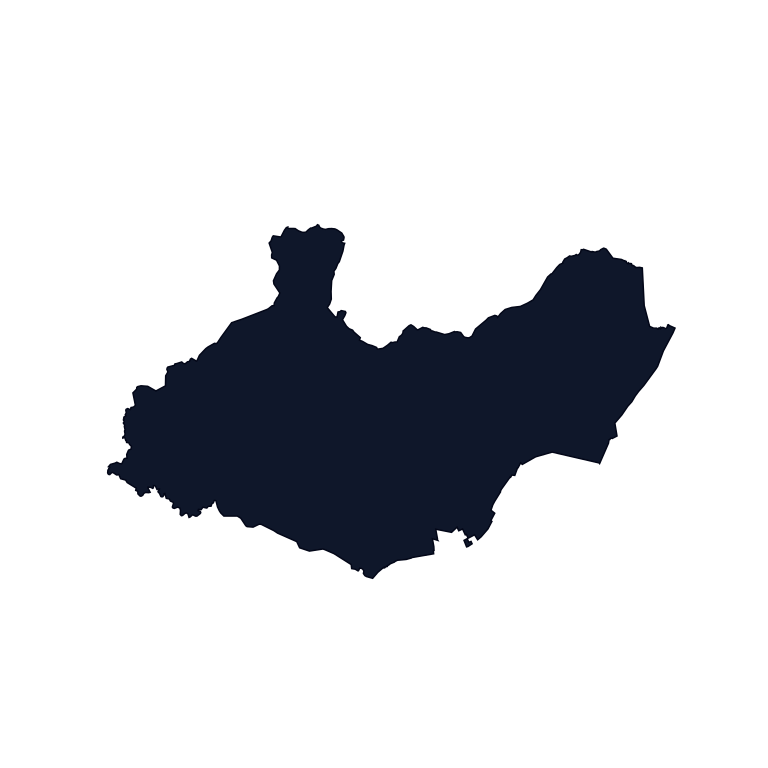 Kalkūnes pag., Daugavpils, Latvia, rotated 66°
{"feature_id": "27541924B79116977656137", "entity_name": "Kalkūnes pag.", "entity_type": "district", "adm_level": 2, "iso_a3": "LVA", "parent_name": "Latvia", "parent_adm1": "Daugavpils", "projection": "orthographic", "projection_center": [26.423, 55.84], "detail": "fine", "context": "isolated", "style": "filled", "palette": "ink", "viewbox_px": 768, "rotation_deg": 66, "n_neighbors": 0, "source": "geoboundaries", "source_scale": "gbopen_adm2", "svg_char_len": 6167}
<svg xmlns="http://www.w3.org/2000/svg" viewBox="0 0 768 768"><g transform="rotate(66 384 384)"><path d="M559.3,407.7L556.2,406.7L556.4,406.0L552.8,404.6L545.0,402.7L548.8,398.4L547.5,398.5L547.1,398.1L537.7,395.8L547.0,382.6L544.5,375.5L548.5,375.4L548.4,371.2L554.9,371.1L554.9,369.9L559.1,369.9L558.6,362.6L564.4,361.8L563.1,357.4L558.7,348.0L553.4,341.3L552.3,341.9L551.9,341.5L547.1,335.4L542.8,337.6L538.6,333.7L536.2,330.6L530.0,321.5L529.6,321.7L527.8,319.4L520.3,306.6L520.7,306.3L519.2,304.2L520.7,301.7L515.0,296.2L515.1,295.7L511.6,291.2L513.7,290.4L512.2,275.1L514.6,258.1L543.6,219.6L544.4,219.4L529.4,203.0L526.4,201.1L526.6,200.3L525.9,199.3L525.8,198.6L526.6,197.7L526.3,192.3L513.6,189.0L509.0,179.3L503.5,170.4L501.0,164.8L497.1,159.3L494.4,154.5L491.0,147.2L480.7,129.2L479.1,126.8L467.4,115.3L454.9,99.3L451.3,95.4L446.4,99.8L445.6,99.9L445.5,100.8L446.3,101.0L446.5,101.8L447.4,102.2L447.9,103.5L447.9,104.4L446.3,105.5L445.6,106.6L445.7,107.1L444.8,108.0L446.0,108.4L446.2,109.1L444.6,109.7L444.7,110.5L445.3,111.0L445.1,111.8L443.9,112.1L442.6,115.0L439.4,117.9L418.2,114.4L383.0,100.8L381.4,103.0L380.2,106.3L379.6,106.5L379.7,107.0L377.7,107.6L376.9,109.0L376.6,108.6L375.9,109.3L374.7,109.0L373.5,111.0L373.6,111.5L372.7,111.5L373.0,112.5L371.3,113.2L370.6,112.8L370.0,113.6L369.3,113.8L369.3,114.3L366.8,116.4L362.2,123.7L351.2,126.1L349.6,127.6L349.2,128.2L349.4,131.4L350.1,133.0L349.4,136.2L349.6,137.2L347.6,140.0L348.0,140.5L342.1,146.9L342.1,148.0L341.5,149.2L343.5,150.7L344.7,152.5L345.1,153.9L345.0,154.9L343.9,155.7L344.2,157.3L343.5,161.0L342.5,162.4L343.1,165.2L343.3,168.1L345.5,171.2L346.3,171.3L346.3,174.9L347.9,178.8L351.6,185.7L351.4,186.7L352.8,191.0L361.5,202.8L364.8,209.1L367.8,213.6L368.5,220.1L368.6,227.9L366.0,236.2L365.2,243.0L367.1,248.9L369.4,253.1L367.8,253.2L366.4,254.8L366.0,261.7L367.2,264.7L371.0,278.0L376.0,284.1L376.4,286.9L376.1,288.4L374.3,291.0L373.2,291.9L368.1,293.0L366.1,295.8L364.9,298.9L364.7,298.8L364.5,304.2L363.5,308.5L357.7,315.2L357.2,316.3L355.2,318.2L354.8,319.3L353.1,319.4L349.9,322.6L349.0,324.5L348.0,325.5L348.3,330.6L348.0,331.6L343.5,333.5L340.9,335.3L340.9,337.3L343.4,345.1L344.4,345.4L346.1,347.3L346.9,349.5L346.9,350.6L351.0,355.0L350.1,356.9L349.7,359.3L348.7,360.6L350.0,365.0L351.0,370.4L349.5,375.9L347.6,375.9L344.1,379.2L341.2,382.8L336.2,386.4L334.0,388.6L332.0,386.8L324.4,390.3L322.0,390.8L319.3,393.4L316.0,394.8L308.4,395.8L305.6,392.0L303.4,389.8L302.0,389.8L299.5,393.3L300.0,394.5L299.5,396.7L303.6,399.6L302.9,401.4L291.4,404.7L290.9,404.4L288.8,401.1L285.0,397.6L277.9,394.7L268.2,389.7L263.6,384.9L260.6,383.9L258.9,381.0L255.2,377.2L254.1,375.1L245.9,367.5L241.0,364.1L239.5,362.7L238.1,364.6L236.7,365.0L235.9,364.6L236.1,362.5L234.1,361.0L233.1,360.7L228.9,361.2L224.0,364.3L222.4,365.7L220.7,368.6L219.5,371.6L219.0,374.5L217.9,376.2L215.7,378.5L214.0,379.1L212.5,379.0L211.4,380.0L212.3,381.6L212.1,386.7L211.7,387.7L212.4,390.6L213.5,393.5L212.9,395.5L212.0,397.2L209.2,399.9L205.8,402.0L203.1,407.9L202.3,408.4L201.5,408.0L201.4,409.6L203.0,412.4L207.5,418.0L207.6,418.7L203.6,424.9L204.5,426.4L207.3,428.9L208.5,431.6L218.4,432.5L220.4,434.2L223.1,435.3L227.2,431.8L233.6,431.5L237.3,433.2L239.6,437.3L244.7,443.0L247.9,443.9L258.5,442.1L261.2,445.1L261.8,446.6L265.3,451.2L267.6,452.5L267.0,454.4L268.2,459.0L268.3,460.8L267.0,487.5L266.0,498.2L275.0,513.8L278.7,519.6L278.8,521.1L278.0,522.0L277.9,522.7L278.6,529.8L279.2,532.4L282.7,540.9L286.7,545.4L286.8,546.1L282.3,549.3L282.5,550.7L284.2,552.5L283.8,554.6L284.7,557.5L283.5,559.0L281.6,559.8L281.0,565.2L280.6,566.8L281.7,567.9L280.6,574.6L281.2,575.6L282.3,576.4L285.1,576.5L287.7,580.1L296.8,584.4L297.6,595.2L290.0,600.8L286.8,606.7L286.2,610.1L286.5,611.2L288.1,612.1L290.0,617.0L302.4,619.8L303.2,622.2L302.6,624.7L303.8,625.6L304.1,626.4L302.2,628.1L302.2,629.7L302.8,630.5L305.6,631.2L306.7,632.8L308.1,632.8L308.3,634.8L309.4,635.8L310.5,635.7L310.8,636.7L312.9,636.6L313.6,638.0L316.1,637.6L317.2,638.5L321.0,639.3L321.1,639.9L322.1,640.4L324.5,640.9L326.1,642.5L326.0,643.7L326.7,644.5L327.2,644.6L327.2,643.5L327.8,642.6L330.6,642.9L330.8,642.3L332.7,642.9L334.0,641.0L335.8,641.0L338.3,640.1L340.6,641.6L340.5,644.1L340.8,644.6L343.7,647.7L347.3,649.0L346.6,650.8L346.8,652.1L350.1,655.9L350.1,656.5L348.9,658.1L346.8,659.9L346.9,661.8L346.2,666.6L347.5,669.3L348.0,668.6L348.7,668.5L349.3,669.9L349.9,670.1L350.3,671.2L352.8,672.6L354.0,672.6L354.8,672.1L355.2,671.4L354.3,669.0L354.5,667.7L358.3,665.3L358.7,664.4L358.6,663.4L358.9,663.1L363.4,663.1L366.7,659.1L369.6,658.7L378.4,652.7L380.2,654.1L381.9,652.6L384.3,653.5L387.2,652.4L387.7,651.5L387.6,649.8L386.2,647.8L386.1,646.0L387.6,643.1L387.8,641.7L382.7,641.9L382.2,641.5L383.5,639.2L385.3,637.7L385.0,636.9L383.0,636.0L383.6,634.8L384.9,634.3L387.9,634.3L388.2,632.2L388.5,631.8L389.3,632.3L389.8,633.8L390.6,634.3L392.7,633.6L396.0,633.6L396.7,632.9L397.0,632.0L396.3,630.7L394.7,629.5L394.8,628.7L399.9,629.4L401.7,626.9L404.1,626.7L406.3,624.7L407.6,625.0L410.3,627.4L411.5,627.2L412.4,626.1L412.5,622.7L414.2,621.0L416.6,621.3L420.2,623.2L421.9,622.7L422.2,621.5L421.3,618.6L421.3,617.0L423.1,615.9L426.6,616.4L426.7,615.5L425.6,612.0L428.0,610.0L428.6,608.6L427.7,604.8L427.1,603.8L425.8,603.6L424.0,605.4L423.0,604.5L424.4,602.1L422.9,599.6L425.1,596.6L425.2,596.1L424.4,594.7L424.4,593.9L425.3,591.7L423.2,589.7L423.2,588.3L421.3,586.4L421.6,585.6L422.3,585.0L428.6,586.1L432.8,586.0L435.4,585.6L439.5,584.0L445.0,571.7L448.4,569.4L457.3,567.9L458.6,567.1L461.5,561.8L461.3,555.2L462.2,553.3L473.1,544.3L476.9,541.9L492.5,527.8L499.3,527.7L506.3,520.1L509.9,506.9L511.3,505.4L518.6,498.7L535.6,487.4L539.5,488.6L541.5,485.6L544.2,483.7L544.1,483.1L542.4,481.2L543.0,479.9L544.2,478.8L546.5,478.4L548.8,479.9L551.3,479.4L552.8,478.3L556.9,473.4L553.5,466.2L551.5,459.4L551.4,458.7L552.1,458.7L552.1,457.9L551.5,457.9L552.0,455.3L551.4,455.3L551.3,453.2L550.8,451.3L550.9,446.8L550.6,446.6L550.5,443.4L553.3,435.1L554.1,429.7L553.9,429.1L559.3,407.7ZM565.8,368.5L563.2,368.5L563.1,370.9L559.1,370.9L559.4,374.5L566.4,374.8L566.6,373.4L565.8,368.5Z" fill="#0f172a" stroke="#020617" stroke-width="1.5"/></g></svg>